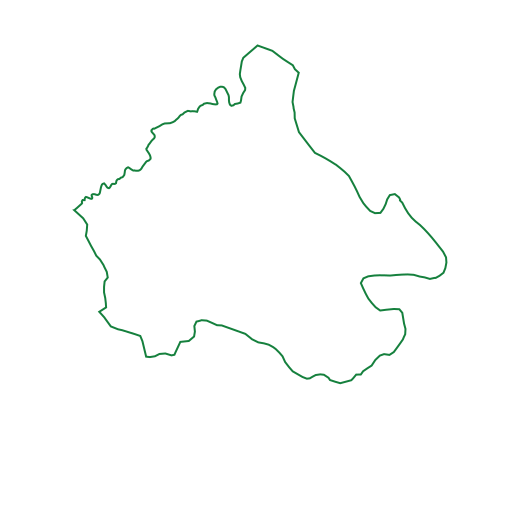 Ash shaghadirah, Hajjah, Yemen (Natural Earth projection), rotated 138°
{"feature_id": "15242507B87053046853902", "entity_name": "Ash shaghadirah", "entity_type": "district", "adm_level": 2, "iso_a3": "YEM", "parent_name": "Yemen", "parent_adm1": "Hajjah", "projection": "natural_earth1", "projection_center": [43.498, 15.607], "detail": "fine", "context": "isolated", "style": "outline", "palette": "green", "viewbox_px": 512, "rotation_deg": 138, "n_neighbors": 0, "source": "geoboundaries", "source_scale": "gbopen_adm2", "svg_char_len": 5057}
<svg xmlns="http://www.w3.org/2000/svg" viewBox="0 0 512 512"><g transform="rotate(138 256 256)"><path d="M268.3,99.9L265.7,100.1L260.9,100.8L257.4,97.8L256.5,98.0L253.5,98.7L248.2,98.0L243.4,97.2L236.9,98.9L230.6,99.1L226.5,97.4L223.0,93.2L217.9,92.4L212.5,93.5L207.4,94.6L202.7,95.7L200.2,96.9L197.5,98.0L193.7,101.8L191.2,106.7L185.3,115.9L185.1,120.5L188.9,124.3L195.3,129.0L200.2,132.4L201.4,137.9L201.4,143.6L201.0,149.1L200.3,152.1L199.6,154.9L197.9,160.6L196.2,165.7L191.1,167.5L186.2,165.8L181.1,162.3L177.2,159.1L173.3,155.5L169.4,151.7L164.4,148.0L160.5,144.9L160.1,144.6L155.7,140.9L151.4,136.5L148.5,131.9L148.4,131.6L145.0,127.3L142.1,122.6L138.4,120.5L137.5,119.9L137.2,119.5L132.9,118.5L127.9,118.1L123.4,120.3L118.9,123.7L115.7,127.8L114.1,134.0L113.7,139.9L113.3,145.9L113.0,151.8L112.9,157.4L113.0,163.2L113.4,169.3L114.3,174.8L114.7,180.3L114.3,186.0L113.2,191.9L111.6,197.8L111.8,200.6L111.8,201.0L111.4,201.3L111.1,201.5L110.5,203.8L111.4,209.1L115.8,211.7L120.6,210.3L124.9,207.8L129.8,205.8L134.7,204.8L138.9,208.2L141.0,213.1L141.1,219.1L140.9,223.2L140.8,223.9L139.5,230.6L137.7,236.3L136.2,241.6L134.8,247.3L133.4,253.3L133.8,259.5L134.6,265.1L135.5,270.4L135.8,271.2L137.3,276.6L139.0,282.0L140.8,287.1L143.2,293.2L142.5,303.1L141.2,319.3L135.1,332.4L131.3,336.8L129.1,340.8L128.5,341.5L125.8,346.0L121.8,349.5L117.3,353.4L112.8,356.3L101.6,363.6L102.1,368.8L101.0,373.1L102.6,378.9L104.1,384.6L105.2,390.2L106.3,396.2L106.6,397.6L114.0,411.4L132.8,411.8L133.6,411.4L135.7,410.4L136.2,410.2L139.8,407.3L143.2,404.6L146.3,402.0L148.1,399.4L149.5,395.6L150.5,391.5L151.5,388.1L153.1,386.6L156.2,385.8L160.0,384.2L163.2,381.5L165.0,380.4L167.6,381.6L170.0,383.1L171.9,383.1L173.8,384.1L174.1,385.9L173.2,388.0L172.1,389.6L169.8,392.2L168.8,393.9L168.3,395.7L167.6,398.1L166.9,400.7L167.0,403.0L167.8,404.3L169.3,405.7L171.4,406.4L174.2,406.6L176.6,405.9L178.7,404.2L179.5,403.1L180.1,400.9L180.9,399.0L181.8,396.5L182.6,395.0L183.1,394.9L183.5,394.9L184.6,395.7L185.6,396.8L186.6,398.0L187.9,400.0L189.0,401.2L190.0,402.4L191.9,403.5L192.9,404.0L194.5,403.9L196.2,404.6L197.7,404.8L199.4,404.4L200.8,404.0L202.4,403.0L203.3,402.6L203.9,403.4L204.6,404.4L206.3,406.1L207.9,407.3L208.8,408.6L209.6,409.5L213.2,410.5L215.8,410.4L217.3,411.1L217.5,411.1L218.4,411.1L219.5,411.0L220.7,410.7L222.4,410.6L224.1,410.7L226.1,410.6L228.2,411.1L231.0,412.2L233.1,413.9L235.2,415.6L237.5,416.5L240.9,417.1L244.7,418.2L246.3,418.6L246.9,419.3L247.8,419.6L248.6,419.4L249.6,419.4L250.4,418.4L250.5,416.9L250.5,414.9L250.5,414.0L251.0,412.9L251.9,412.0L253.0,411.6L254.5,411.6L255.8,411.5L256.3,411.5L258.7,411.0L260.0,410.7L261.3,410.6L262.5,410.0L264.5,409.3L265.7,409.1L266.3,408.2L266.5,406.6L266.7,405.4L266.9,403.8L267.2,402.7L267.4,401.8L267.9,400.7L268.6,399.5L269.3,398.8L270.2,398.7L271.9,398.7L273.4,399.4L274.0,399.5L274.6,399.5L277.7,398.9L280.7,398.3L281.5,398.0L282.8,397.6L284.0,397.5L285.0,397.6L286.2,398.0L287.6,399.2L288.7,400.3L289.0,400.9L289.7,401.3L290.0,401.7L290.3,402.3L290.5,403.1L290.9,404.5L291.2,406.1L291.6,407.3L291.7,407.5L293.3,407.9L294.7,407.8L295.9,407.4L296.9,406.6L297.8,405.8L299.6,404.4L301.4,404.0L302.3,403.9L303.2,404.2L304.2,404.7L305.1,404.6L306.2,404.7L307.0,405.4L307.7,405.5L308.3,405.5L309.3,405.3L310.3,404.6L311.3,403.8L312.3,403.9L313.2,404.4L314.0,405.4L314.8,405.8L316.2,405.6L317.4,405.1L318.9,404.7L319.9,404.8L320.4,405.5L320.7,406.5L320.6,407.8L320.3,409.3L320.3,410.6L320.3,411.6L321.8,412.2L322.8,412.1L324.0,411.5L325.2,410.8L326.7,409.7L329.8,407.4L330.8,407.0L332.1,407.0L332.9,407.4L333.4,408.0L334.0,408.8L334.3,409.5L334.8,410.1L335.0,410.3L335.7,411.0L336.4,411.3L337.3,411.3L337.8,410.8L338.1,410.1L338.4,409.2L339.3,408.4L339.9,408.5L340.6,409.3L341.2,410.5L342.0,412.2L342.4,413.0L342.9,413.7L343.6,413.7L343.8,413.7L344.6,413.4L345.3,412.9L346.0,412.2L346.5,412.6L346.8,412.9L347.4,413.6L347.8,413.5L348.4,413.3L349.1,412.9L349.8,411.7L350.5,411.5L352.1,411.5L353.8,411.5L355.7,411.5L355.8,411.5L357.4,411.5L358.7,411.6L360.0,411.5L360.4,411.7L359.2,399.6L360.4,392.3L364.9,388.0L369.0,384.8L370.4,379.3L371.8,374.0L373.0,368.6L373.3,367.4L374.5,363.1L374.3,357.8L375.4,351.3L376.1,349.2L377.5,344.1L380.6,339.2L385.5,338.4L389.6,334.7L393.3,330.6L396.2,325.6L399.4,321.1L399.6,320.9L401.8,318.1L409.8,319.4L409.8,311.8L410.0,310.4L411.0,300.8L407.6,293.9L405.1,290.4L398.3,279.0L395.5,274.0L397.4,268.7L405.0,254.7L402.5,251.9L398.2,249.1L393.3,247.8L388.6,244.2L385.3,238.7L382.7,237.2L380.3,238.3L369.7,242.8L362.8,237.8L355.9,237.6L352.0,240.7L348.7,245.2L344.1,247.1L342.2,246.0L341.5,245.7L341.0,245.4L339.4,244.7L335.8,240.9L333.4,235.6L331.5,231.2L331.3,230.7L327.9,227.3L325.8,223.4L321.9,216.2L316.0,205.2L314.9,198.5L314.7,196.9L312.1,190.3L308.5,185.7L305.9,181.6L304.9,178.8L304.2,176.7L303.6,173.7L303.3,168.5L303.4,163.7L305.3,157.7L305.8,151.0L305.9,145.7L302.4,135.0L300.3,130.8L297.9,129.1L294.9,128.5L291.3,127.6L287.4,125.0L285.0,122.3L283.6,117.0L284.0,114.3L281.3,109.6L278.5,105.1L268.3,99.9Z" fill="none" stroke="#15803d" stroke-width="2"/></g></svg>